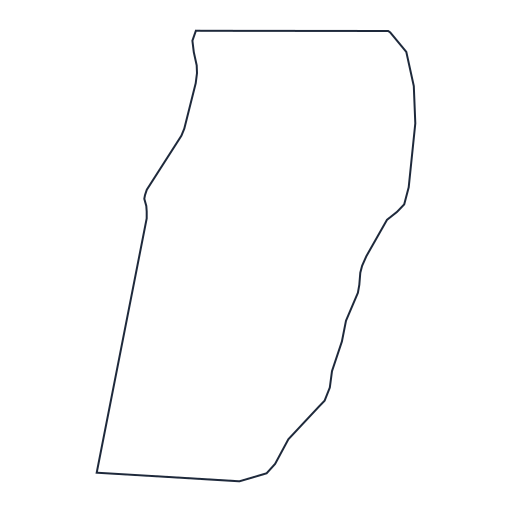 SVG path tracing the border of Balaka
{"feature_id": "MWI-1915", "entity_name": "Balaka", "entity_type": "District", "adm_level": 1, "iso_a3": "MWI", "parent_name": "Malawi", "parent_adm1": "", "projection": "natural_earth1", "projection_center": [35.116, -15.04], "detail": "fine", "context": "isolated", "style": "outline", "palette": "slate", "viewbox_px": 512, "rotation_deg": 0, "n_neighbors": 0, "source": "natural_earth", "source_scale": "10m", "svg_char_len": 607}
<svg xmlns="http://www.w3.org/2000/svg" viewBox="0 0 512 512"><path d="M319.0,406.5L288.4,439.2L275.1,463.9L266.6,473.3L239.4,481.3L96.7,472.7L146.7,218.4L146.7,211.6L146.3,206.0L144.3,198.8L145.0,195.1L146.8,189.7L181.4,135.7L184.3,128.6L195.7,83.3L197.0,73.1L196.7,65.4L193.8,52.2L192.4,40.7L195.9,30.7L202.5,30.8L388.2,31.0L390.2,32.4L406.3,51.9L413.8,86.1L415.3,123.4L408.7,187.3L404.2,204.4L397.1,211.8L387.0,219.8L366.4,256.1L362.1,265.8L360.3,272.7L359.3,284.9L357.9,292.8L346.0,320.7L341.9,341.5L332.0,371.1L329.8,387.6L324.6,400.7L319.0,406.5Z" fill="none" stroke="#1e293b" stroke-width="2"/></svg>